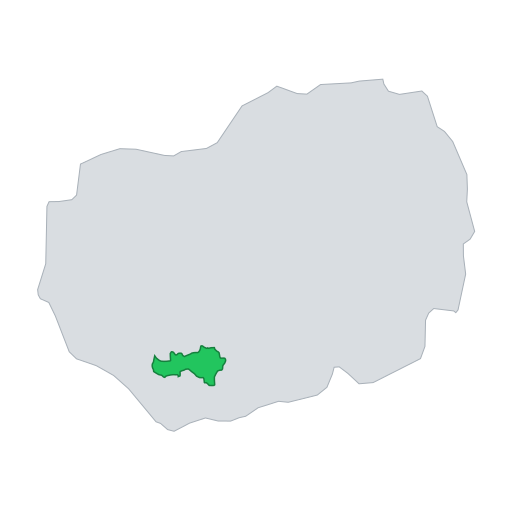 Kratovo highlighted on a map of North Macedonia, rotated 178°
{"feature_id": "MKD-2940", "entity_name": "Kratovo", "entity_type": "Statistical Region", "adm_level": 1, "iso_a3": "MKD", "parent_name": "North Macedonia", "parent_adm1": "", "projection": "albers", "projection_center": [22.124, 42.077], "detail": "fine", "context": "in_parent", "style": "filled", "palette": "green", "viewbox_px": 512, "rotation_deg": 178, "n_neighbors": 0, "source": "natural_earth", "source_scale": "10m", "svg_char_len": 2650}
<svg xmlns="http://www.w3.org/2000/svg" viewBox="0 0 512 512"><g transform="rotate(178 256 256)"><path d="M229.0,108.7L238.5,110.0L259.1,104.3L271.9,96.2L278.4,95.0L287.1,91.9L299.6,92.4L312.2,95.9L328.2,91.3L344.0,83.7L350.4,85.6L357.2,92.0L361.7,93.8L388.0,127.8L402.5,141.6L419.5,152.0L439.0,159.5L446.0,166.8L458.6,203.0L464.7,216.8L473.0,220.8L475.0,224.8L475.4,230.0L466.4,255.6L463.2,312.9L460.9,317.5L451.1,317.3L438.1,318.7L433.2,323.1L428.2,354.0L407.3,362.9L388.3,368.0L372.2,366.9L344.0,359.7L334.8,358.9L327.0,363.0L301.8,365.2L290.8,370.6L264.7,406.5L238.3,418.8L229.3,425.0L209.2,416.9L199.5,416.0L185.5,425.1L154.9,425.7L146.7,427.2L123.1,428.3L122.2,423.4L117.9,416.1L107.0,412.5L84.5,415.1L79.1,409.7L70.4,378.9L63.3,373.9L55.4,363.5L42.4,330.0L42.4,315.5L43.5,302.8L36.6,272.9L41.4,265.4L48.4,260.8L48.7,248.8L47.1,230.6L56.0,195.0L58.3,192.4L60.3,194.2L80.2,197.3L85.4,192.9L88.8,185.9L90.3,159.8L95.2,147.7L143.4,125.4L157.5,124.7L168.2,135.4L176.7,142.3L181.8,142.1L183.8,135.3L189.7,122.3L199.6,114.9L228.8,108.7L229.0,108.7Z" fill="#d9dde1" stroke="#a8b0b8" stroke-width="1"/><path d="M360.7,159.8L359.2,157.5L356.7,155.3L354.7,154.2L351.6,153.9L348.8,153.9L346.8,154.1L345.7,154.1L345.0,154.6L345.1,158.5L345.1,161.5L343.9,163.2L343.1,163.2L341.8,162.6L340.8,161.1L339.9,160.0L339.1,159.9L338.2,160.3L337.3,161.2L336.4,161.5L334.3,161.5L333.4,160.8L332.7,159.1L331.0,158.0L329.2,158.8L325.0,160.3L323.5,161.2L321.2,161.6L319.1,161.6L317.7,161.5L316.7,162.0L315.5,163.6L314.8,165.4L314.5,167.1L314.1,168.0L313.3,168.1L312.5,167.9L311.4,166.9L309.7,166.0L308.7,165.5L308.1,165.5L307.5,165.8L307.4,165.6L306.4,165.4L305.1,165.7L304.0,165.9L303.0,165.9L301.7,165.9L300.8,165.9L300.4,164.2L298.4,162.2L297.1,161.5L296.3,160.6L295.9,158.3L295.7,156.5L295.1,155.2L293.6,155.1L292.1,155.1L290.8,154.9L290.1,153.9L290.0,152.3L291.0,150.1L293.0,147.6L293.4,144.3L294.1,143.5L294.3,143.2L296.4,143.1L298.4,142.4L300.1,139.8L301.8,136.6L301.9,134.2L301.9,132.6L301.8,129.9L301.8,128.7L302.6,128.1L304.3,128.1L306.3,128.2L307.3,128.3L308.5,129.7L310.0,131.1L311.7,131.1L312.1,131.6L312.1,132.6L312.4,135.3L313.0,136.3L315.0,136.3L316.8,136.5L319.6,138.0L321.6,140.5L324.4,142.7L326.1,144.3L327.4,145.4L328.8,145.4L330.3,145.3L332.0,144.4L334.1,143.9L335.7,143.2L336.0,142.4L335.9,140.9L336.1,138.9L337.5,138.3L337.9,138.2L337.8,139.1L338.7,140.1L340.5,140.1L343.0,140.3L345.6,140.1L348.9,139.5L350.3,139.0L351.4,137.9L352.6,138.3L354.4,140.1L357.4,140.9L360.1,142.6L362.3,144.1L362.3,144.6L362.5,146.1L363.3,147.9L363.6,149.7L363.4,151.6L362.2,153.6L361.7,155.9L360.7,159.8Z" fill="#22c55e" stroke="#15803d" stroke-width="1.5"/></g></svg>